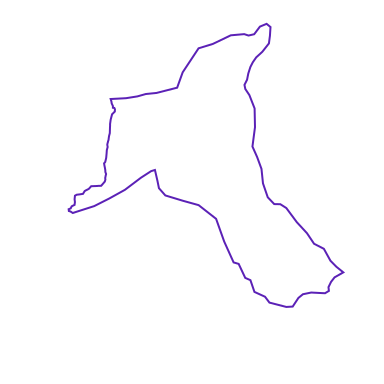 Koui, Ouham-Pendé, Central African Republic (orthographic projection), rotated 343°
{"feature_id": "33826404B71934397264584", "entity_name": "Koui", "entity_type": "district", "adm_level": 2, "iso_a3": "CAF", "parent_name": "Central African Republic", "parent_adm1": "Ouham-Pendé", "projection": "orthographic", "projection_center": [15.242, 6.674], "detail": "fine", "context": "isolated", "style": "outline", "palette": "violet", "viewbox_px": 384, "rotation_deg": 343, "n_neighbors": 0, "source": "geoboundaries", "source_scale": "gbopen_adm2", "svg_char_len": 1862}
<svg xmlns="http://www.w3.org/2000/svg" viewBox="0 0 384 384"><g transform="rotate(343 192 192)"><path d="M313.2,313.1L308.2,305.7L304.3,298.2L301.5,284.9L293.6,277.2L289.9,265.0L283.4,251.5L277.5,234.9L272.9,229.5L267.1,227.6L262.9,219.2L262.4,204.5L265.2,190.2L264.5,177.6L263.1,166.2L271.2,148.4L276.3,130.4L275.2,116.1L273.1,109.1L273.5,104.9L277.5,100.7L280.5,95.1L284.4,89.5L288.1,85.7L292.8,82.0L300.2,78.5L309.0,72.4L312.2,65.4L315.3,57.2L312.5,53.0L305.3,53.7L297.6,59.3L291.8,58.9L288.1,56.3L274.9,53.5L255.2,56.5L240.3,56.5L218.1,74.8L208.3,87.9L187.0,86.9L176.5,84.8L167.7,84.6L156.3,83.0L141.4,79.3L141.4,81.8L141.1,84.0L141.5,86.6L141.0,88.3L142.3,88.9L142.5,90.4L141.7,92.5L138.3,94.3L135.4,99.0L133.5,103.1L133.1,104.5L132.4,106.4L132.1,107.3L130.6,111.7L129.0,114.3L128.2,116.0L127.4,117.8L126.4,119.2L126.3,119.5L125.9,120.1L125.5,120.7L124.8,122.0L124.5,124.3L122.8,127.0L121.7,129.9L120.2,133.6L119.8,134.5L117.8,137.9L116.5,138.8L116.3,138.9L116.0,141.1L115.8,143.3L115.5,145.6L115.0,147.6L115.1,149.7L114.0,151.5L113.9,151.8L113.1,153.2L112.8,154.8L111.7,156.5L109.2,158.1L107.0,159.5L106.5,159.4L106.2,159.3L103.6,158.6L103.4,158.6L102.2,158.3L97.3,157.0L94.3,158.8L92.4,159.2L92.1,159.2L91.5,159.3L89.7,159.7L87.2,161.9L83.7,161.4L81.0,160.9L79.0,161.3L77.6,164.6L77.1,167.4L76.1,169.6L75.9,170.0L75.7,170.0L72.8,170.5L72.5,170.8L72.3,171.0L71.2,172.2L69.0,172.4L68.7,174.2L70.1,175.1L71.8,177.2L94.4,176.9L111.1,174.0L128.5,170.3L147.4,163.4L159.0,160.1L163.0,160.1L162.2,171.4L161.5,178.7L165.5,187.5L180.7,197.7L194.5,206.5L207.2,224.7L208.3,248.8L211.2,271.5L215.6,274.4L217.8,289.7L222.1,293.4L222.5,305.8L231.2,313.5L233.7,320.4L248.6,329.5L254.8,331.0L262.8,324.4L268.2,322.2L276.6,323.0L284.6,325.9L289.6,327.7L294.0,326.6L294.7,322.9L298.7,318.6L303.4,315.3L313.2,313.1Z" fill="none" stroke="#5b21b6" stroke-width="2"/></g></svg>